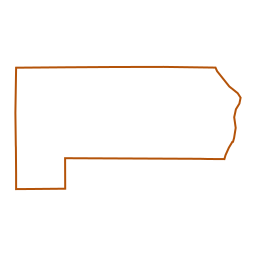 the district of Racine, Wisconsin, United States of America
{"feature_id": "52423323B56497916427340", "entity_name": "Racine", "entity_type": "district", "adm_level": 2, "iso_a3": "USA", "parent_name": "United States of America", "parent_adm1": "Wisconsin", "projection": "natural_earth1", "projection_center": [-87.993, 42.727], "detail": "fine", "context": "isolated", "style": "outline", "palette": "amber", "viewbox_px": 256, "rotation_deg": 0, "n_neighbors": 0, "source": "geoboundaries", "source_scale": "gbopen_adm2", "svg_char_len": 511}
<svg xmlns="http://www.w3.org/2000/svg" viewBox="0 0 256 256"><path d="M16.1,67.7L16.1,68.4L15.4,112.5L15.4,113.1L15.8,145.3L15.9,147.4L16.1,173.8L16.1,189.1L31.2,189.0L65.2,188.7L65.1,158.2L200.2,158.8L207.7,159.0L224.4,159.1L225.5,155.2L228.9,147.6L232.1,142.3L232.3,141.9L233.0,141.8L234.1,137.9L235.7,127.9L234.2,117.2L235.1,113.1L235.9,109.3L239.4,103.6L240.6,97.7L237.7,93.2L229.3,86.5L217.1,71.2L215.5,67.6L163.6,66.9L114.5,67.0L65.3,67.3L16.1,67.7Z" fill="none" stroke="#b45309" stroke-width="2"/></svg>